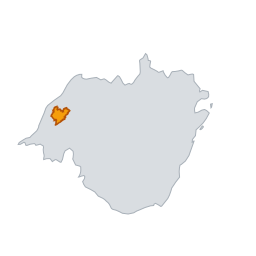 Lumphat, Rôtânôkiri, Cambodia (highlighted), rotated 220°
{"feature_id": "14789045B80217512950075", "entity_name": "Lumphat", "entity_type": "district", "adm_level": 2, "iso_a3": "KHM", "parent_name": "Cambodia", "parent_adm1": "Rôtânôkiri", "projection": "equal_earth", "projection_center": [107.076, 13.435], "detail": "fine", "context": "in_parent", "style": "filled", "palette": "amber", "viewbox_px": 256, "rotation_deg": 220, "n_neighbors": 0, "source": "geoboundaries", "source_scale": "gbopen_adm2", "svg_char_len": 5959}
<svg xmlns="http://www.w3.org/2000/svg" viewBox="0 0 256 256"><g transform="rotate(220 128 128)"><path d="M201.5,44.8L202.0,46.9L200.8,50.9L199.5,54.6L197.1,57.7L197.0,60.1L196.1,67.1L196.5,69.3L197.0,71.2L197.8,72.3L199.9,79.1L201.8,85.4L203.7,90.5L204.0,93.7L202.3,102.0L200.3,109.5L200.5,113.3L201.3,117.1L202.3,122.1L202.6,128.5L202.1,132.7L201.2,135.3L199.5,138.0L197.9,139.4L196.1,137.1L194.7,137.0L192.7,137.7L191.2,138.7L188.1,142.6L184.6,146.5L179.8,147.4L177.9,150.3L176.0,150.7L172.2,150.8L169.7,151.5L169.8,152.9L169.6,159.6L169.6,161.2L169.3,161.6L167.5,161.8L164.6,160.8L160.7,159.1L157.9,158.9L156.5,161.8L155.6,163.0L154.6,163.1L153.4,163.7L153.1,165.0L153.0,166.6L153.5,169.4L153.7,173.9L153.6,176.9L154.6,178.8L160.6,185.3L162.4,186.9L162.6,187.9L161.5,191.4L162.4,196.3L160.5,196.2L157.4,194.1L155.9,192.8L154.1,193.8L153.5,193.6L152.2,191.2L150.6,188.7L149.0,188.6L145.5,189.5L141.9,190.2L140.5,190.2L140.0,190.7L137.9,194.4L137.0,193.7L133.4,192.3L130.1,191.8L129.4,192.7L129.8,195.8L130.5,198.7L130.1,199.9L128.3,201.5L125.9,204.3L124.4,206.5L123.4,207.0L119.8,206.9L116.2,207.2L114.7,209.2L113.3,210.8L112.2,211.2L107.4,206.2L98.0,204.4L97.0,202.2L96.1,201.8L95.2,204.7L90.1,207.4L87.9,205.8L86.3,203.7L86.6,201.2L88.1,199.2L90.6,197.7L91.8,192.6L89.9,186.1L88.2,184.1L86.4,182.6L84.5,185.1L82.9,189.2L81.2,191.4L78.9,191.9L75.4,191.7L74.1,185.5L73.7,180.1L74.2,174.0L74.7,170.4L71.4,165.5L71.3,160.7L69.7,158.3L69.2,159.5L69.2,160.9L68.8,159.9L63.6,146.0L62.8,139.6L63.7,134.6L64.3,132.9L62.8,130.3L60.7,127.4L56.9,123.5L56.7,117.3L55.9,110.1L54.8,107.7L53.1,103.2L52.2,99.5L52.0,89.8L52.5,89.0L55.1,88.7L58.5,88.0L59.1,86.4L58.5,85.1L60.7,82.9L63.8,78.1L66.3,73.1L68.0,69.9L69.1,66.7L72.6,62.2L77.5,59.1L80.7,58.4L84.2,57.4L87.4,55.9L89.0,55.7L93.0,57.5L95.2,58.0L97.5,58.0L99.9,58.2L102.0,58.0L107.0,56.7L112.3,57.7L117.0,56.9L122.8,55.5L125.7,56.4L128.3,57.8L128.7,60.8L129.3,62.2L130.1,63.2L131.3,63.2L132.8,61.1L134.0,59.0L134.4,58.6L134.5,59.7L135.1,62.0L136.2,64.2L137.3,65.7L139.2,67.8L140.4,67.8L144.4,66.0L150.4,68.7L151.1,70.1L153.0,72.9L155.1,74.9L159.8,75.0L161.5,70.1L160.7,67.1L158.0,61.8L157.3,58.7L158.1,58.2L162.6,57.6L163.4,57.0L164.4,53.6L165.6,54.0L168.1,54.4L170.7,52.1L172.3,49.6L173.2,50.8L174.1,52.5L175.1,53.5L177.0,54.9L179.1,57.0L180.4,59.0L181.4,59.8L184.1,59.3L184.8,59.3L186.4,56.9L187.5,55.5L188.4,55.9L189.7,55.9L192.5,52.7L194.1,49.9L195.0,49.1L197.5,50.5L198.5,50.2L200.0,46.3L201.5,44.8ZM72.4,177.3L71.8,177.6L71.4,177.6L70.9,177.0L70.9,174.8L71.3,173.4L72.1,173.2L72.4,177.3ZM80.1,199.3L79.1,200.8L77.4,197.7L77.4,196.8L80.1,199.3Z" fill="#d9dde1" stroke="#a8b0b8" stroke-width="1"/><path d="M196.3,98.5L196.3,98.4L196.5,98.2L196.6,97.8L196.7,97.7L196.9,97.8L197.0,97.7L196.9,97.3L197.0,97.3L197.3,97.2L197.4,96.9L197.4,96.7L197.3,96.1L197.4,95.8L197.2,95.7L196.9,95.3L197.0,95.4L197.0,95.2L196.9,94.9L196.9,94.7L196.8,94.4L196.7,94.5L196.6,94.3L196.6,94.2L196.4,94.1L196.5,94.1L196.5,93.9L196.4,93.7L196.5,93.6L196.4,93.6L196.4,93.4L196.3,93.5L196.2,93.5L196.0,93.4L195.9,93.3L195.6,93.3L195.6,93.2L195.7,92.9L195.6,92.7L195.4,92.6L195.5,92.5L195.5,92.4L195.4,92.3L195.5,92.2L195.4,92.0L195.3,91.9L195.4,91.7L195.3,91.2L195.4,90.9L195.2,90.8L195.3,90.6L195.2,90.5L195.2,90.4L195.2,90.2L194.9,89.8L194.8,89.7L194.8,89.4L195.0,89.2L195.1,88.9L195.0,88.6L194.9,88.5L194.8,88.4L194.8,88.2L194.7,88.0L194.6,87.9L194.4,87.6L194.2,87.7L193.7,87.8L193.3,87.8L192.9,87.6L192.4,87.4L191.9,87.4L190.6,87.3L190.3,87.2L190.1,87.0L189.8,87.0L189.5,86.8L189.4,87.0L189.3,86.9L189.4,86.7L189.2,86.6L189.2,86.4L189.1,86.5L189.1,87.4L189.0,87.7L188.9,87.9L188.8,88.0L188.7,88.2L187.9,88.1L187.8,87.9L187.7,87.8L187.8,87.3L187.7,87.1L187.4,87.0L187.2,86.8L187.0,86.6L187.0,86.3L187.0,86.2L186.7,86.1L186.3,85.7L185.9,84.7L185.8,84.3L185.8,84.1L185.7,83.9L185.5,83.7L185.4,83.8L185.4,84.2L185.3,84.3L185.2,84.3L185.0,84.7L184.9,84.9L185.0,85.1L184.8,85.2L184.7,85.9L184.6,86.0L184.6,86.5L184.4,87.0L184.3,87.8L184.0,88.2L183.8,88.7L183.7,88.9L183.7,89.2L183.6,89.7L183.7,89.9L183.8,90.0L183.9,90.3L183.8,90.6L183.6,90.8L183.7,91.0L183.5,91.4L183.5,91.5L183.4,91.4L183.4,91.5L183.1,91.6L183.0,91.8L182.9,92.6L183.0,92.8L183.1,93.1L183.1,93.4L183.0,93.6L182.9,93.7L182.7,93.8L182.5,93.7L182.3,93.7L182.2,93.8L182.1,94.0L182.3,94.4L182.4,94.5L182.5,94.8L182.8,94.9L182.8,95.0L183.0,95.1L183.2,95.3L183.2,95.5L183.3,95.5L183.2,95.6L183.3,95.6L183.2,95.8L183.3,95.9L183.3,96.0L183.2,96.2L183.3,96.3L183.2,96.4L183.3,96.5L183.4,96.8L183.5,97.1L183.7,97.3L183.8,97.2L183.8,97.3L183.9,97.5L183.8,97.8L183.9,98.1L183.7,98.4L183.7,98.5L183.6,98.8L183.5,99.0L183.5,99.3L183.4,99.3L183.4,99.5L183.3,99.8L183.2,99.8L183.2,100.0L183.3,100.0L183.5,100.1L183.5,100.3L183.6,100.2L183.7,100.3L183.7,100.5L183.6,100.8L183.6,101.0L183.6,101.3L183.8,101.6L183.9,101.8L184.0,101.7L184.0,101.9L183.7,103.2L183.7,103.7L183.8,103.9L184.1,103.8L184.5,103.9L184.7,104.0L184.9,103.9L185.0,103.8L185.4,103.7L185.5,103.6L185.8,103.6L186.0,103.8L186.2,103.7L186.3,103.7L186.5,103.5L186.7,103.4L186.8,103.4L187.0,103.5L187.3,103.4L187.4,103.5L187.5,103.5L187.6,103.8L187.7,104.0L187.8,104.0L188.0,104.0L188.0,103.9L188.2,103.7L188.3,103.7L188.4,103.4L188.6,103.1L188.8,103.1L189.0,102.7L188.9,102.5L189.0,102.5L189.0,102.4L188.9,102.3L189.0,102.2L189.0,101.8L189.1,101.7L189.3,101.3L189.3,101.1L189.1,101.0L189.1,100.9L189.3,100.9L189.1,100.6L189.1,100.4L189.2,100.1L189.1,99.9L189.1,100.0L189.0,99.9L188.9,99.7L189.0,99.5L188.8,99.5L188.8,99.4L188.7,99.3L188.8,99.3L188.9,99.2L188.6,99.1L188.8,99.0L188.8,98.9L188.6,98.8L188.6,98.7L188.8,98.6L188.8,98.4L189.2,98.7L189.4,98.8L189.7,98.7L190.2,98.5L190.4,97.9L190.6,97.9L190.8,97.9L191.1,98.1L191.2,98.3L191.2,98.6L191.4,98.8L191.6,98.8L192.1,98.8L192.7,98.3L192.8,98.0L192.9,97.9L193.3,97.7L193.4,97.3L193.4,96.9L193.5,96.6L194.0,96.6L194.4,96.8L194.6,97.5L194.9,98.6L195.0,98.7L195.3,98.8L195.5,98.7L195.8,98.5L196.2,98.4L196.3,98.5Z" fill="#f59e0b" stroke="#b45309" stroke-width="1.5"/></g></svg>